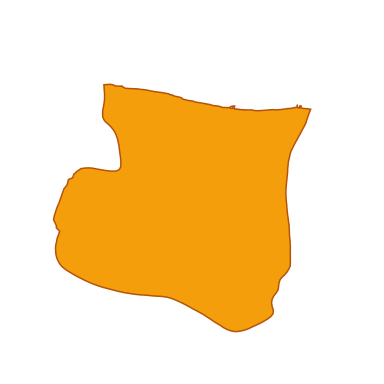 the district of Ash Shihr, Hadramawt, Yemen, rotated 206°
{"feature_id": "15242507B43236633783940", "entity_name": "Ash Shihr", "entity_type": "district", "adm_level": 2, "iso_a3": "YEM", "parent_name": "Yemen", "parent_adm1": "Hadramawt", "projection": "albers", "projection_center": [49.612, 14.934], "detail": "fine", "context": "isolated", "style": "filled", "palette": "amber", "viewbox_px": 384, "rotation_deg": 206, "n_neighbors": 0, "source": "geoboundaries", "source_scale": "gbopen_adm2", "svg_char_len": 5269}
<svg xmlns="http://www.w3.org/2000/svg" viewBox="0 0 384 384"><g transform="rotate(206 192 192)"><path d="M274.7,67.6L273.5,67.3L270.3,66.7L267.0,66.4L265.2,66.2L263.5,66.1L260.1,65.8L250.8,65.6L250.2,65.6L244.8,65.7L239.1,66.1L234.1,66.7L229.2,67.4L229.1,67.5L228.5,67.6L224.6,68.4L220.7,69.2L216.0,70.1L212.7,70.9L209.4,71.7L206.3,72.6L201.7,74.0L197.7,75.3L196.4,75.8L193.1,77.0L190.1,78.3L186.2,79.8L182.3,81.2L178.1,82.9L176.5,83.6L175.1,84.2L171.4,85.6L168.0,86.6L164.2,87.3L160.1,87.7L155.9,87.8L152.6,87.9L148.1,87.8L145.1,87.7L144.1,87.7L140.5,87.4L136.1,87.3L131.9,87.1L128.1,86.9L124.0,86.3L120.1,85.9L116.3,85.3L111.7,84.8L107.7,84.5L104.4,83.9L102.6,83.9L100.0,83.8L95.9,84.3L94.8,84.6L92.6,85.2L89.7,86.7L87.6,88.2L87.0,88.6L84.1,91.0L81.1,94.1L78.6,97.3L75.7,100.8L72.5,104.8L70.2,108.2L68.3,111.1L67.7,112.3L66.5,114.7L65.9,117.5L65.8,118.0L66.9,121.2L67.2,121.5L69.5,123.9L70.8,125.7L72.0,127.4L73.0,131.1L72.9,134.5L72.1,138.0L71.9,140.2L71.7,141.6L72.4,144.1L72.7,144.9L73.8,148.0L73.9,148.4L74.4,151.7L73.7,155.0L72.9,157.0L72.4,158.4L71.5,161.7L71.2,165.2L71.3,168.6L72.5,171.3L72.6,171.6L72.8,172.0L74.5,175.4L76.1,178.7L77.6,181.7L79.1,184.9L80.8,188.1L81.4,189.1L82.6,191.4L84.7,194.6L86.2,197.4L86.5,197.9L88.1,200.9L90.3,204.9L92.5,208.1L94.5,211.2L95.5,212.5L96.5,214.1L98.9,217.9L101.4,222.2L102.3,223.7L103.4,225.4L105.5,229.0L105.8,229.6L107.1,232.1L108.8,235.7L110.0,238.9L111.5,242.8L111.6,243.2L113.2,247.4L114.7,251.6L116.3,255.0L117.3,258.0L117.5,258.3L118.7,261.7L119.4,264.9L120.5,269.3L120.9,272.5L120.9,275.8L120.8,280.9L120.7,283.4L120.4,288.7L120.2,292.2L120.2,292.7L120.1,297.1L120.0,298.6L119.9,300.5L119.9,303.8L120.4,306.8L120.5,307.5L121.1,312.2L121.6,317.9L121.7,318.1L121.7,318.4L122.1,318.2L122.5,318.0L123.1,317.9L123.6,317.8L124.6,317.5L127.8,316.2L129.5,315.7L129.9,315.6L130.3,315.5L130.9,315.4L131.1,315.5L131.3,316.4L131.6,316.9L131.6,317.1L131.8,317.2L133.1,316.7L131.9,317.0L131.7,317.0L131.7,316.8L131.4,316.4L131.2,315.8L131.1,315.3L131.3,315.1L131.5,315.1L131.8,315.0L132.3,314.8L132.5,314.8L132.7,315.5L132.8,315.9L132.7,315.9L132.7,316.0L132.8,316.2L132.8,315.7L132.7,315.5L132.5,314.8L132.5,314.7L133.9,314.0L134.4,314.4L134.5,314.5L135.4,316.1L135.5,316.0L134.7,314.4L134.9,314.3L137.8,312.0L141.1,309.6L141.4,309.7L141.7,309.8L141.5,309.7L143.1,308.6L144.9,307.2L145.9,306.7L147.5,305.6L148.8,304.8L151.3,303.3L153.5,302.1L153.8,302.1L154.4,302.0L157.5,300.3L158.4,299.8L160.6,298.4L164.9,295.9L168.3,294.0L170.0,293.2L172.4,292.3L172.8,292.3L173.0,292.4L174.3,292.0L174.5,291.8L176.1,291.0L176.4,290.9L178.7,289.8L178.8,289.7L179.0,289.7L181.0,288.7L181.1,288.8L181.3,288.8L181.4,288.7L181.5,288.6L181.9,288.4L184.3,287.4L186.2,286.7L186.2,286.8L186.7,286.6L187.7,286.2L187.9,286.2L188.0,286.3L188.9,285.9L189.3,285.6L189.6,285.6L189.9,285.4L190.0,285.3L190.3,285.4L191.6,287.1L191.8,287.2L191.8,286.9L191.7,286.8L191.6,286.7L191.8,286.3L192.2,286.1L191.9,285.9L191.7,285.6L191.9,285.4L192.0,285.4L192.2,285.2L192.3,284.9L192.5,284.7L193.0,284.4L193.4,284.3L193.5,284.3L193.9,284.1L194.3,284.1L194.5,284.1L194.9,284.2L194.9,284.4L194.9,284.6L194.9,284.8L194.8,285.2L194.6,285.4L194.4,285.7L194.1,286.0L193.9,286.3L193.4,286.7L192.8,287.1L192.5,287.3L192.3,287.4L192.1,287.5L191.8,287.6L191.5,287.8L191.3,287.8L191.2,287.8L191.2,288.0L191.3,288.0L191.7,287.8L192.2,287.6L193.1,287.0L194.0,286.4L194.5,285.7L194.8,285.4L195.0,284.8L195.0,284.5L195.1,284.4L195.4,284.2L201.6,281.4L201.8,281.5L202.6,281.2L204.9,281.0L205.8,280.8L208.5,279.9L211.3,278.8L211.5,278.9L212.4,278.7L213.2,278.5L213.4,278.6L213.7,278.6L214.1,278.6L216.4,277.8L216.5,277.6L217.0,277.5L217.4,277.6L229.0,274.2L230.7,274.2L235.8,272.5L237.5,272.3L240.5,271.5L241.9,271.7L242.8,272.1L243.7,271.9L245.1,271.7L250.3,270.4L251.7,270.7L254.3,269.8L255.5,270.1L261.6,268.5L269.4,265.9L275.0,264.3L276.8,264.0L278.5,263.4L280.5,262.8L282.9,261.8L286.2,260.8L291.9,258.3L295.7,256.7L297.4,256.0L298.0,255.9L298.3,256.0L298.8,256.2L299.2,256.2L299.7,256.1L300.0,256.1L300.6,256.2L300.9,256.1L301.0,256.1L301.4,256.1L301.6,256.4L301.7,256.2L301.9,256.0L302.2,255.9L302.3,256.0L302.7,255.8L302.7,255.7L304.6,254.9L305.5,254.5L306.3,254.1L306.6,254.1L307.2,253.9L307.7,253.7L308.0,253.7L308.4,253.7L308.6,253.8L309.3,253.8L309.6,253.7L311.0,253.5L311.3,253.4L311.6,253.3L311.9,253.2L312.1,253.1L312.3,253.1L314.3,252.1L315.4,251.4L315.9,251.1L317.0,250.5L317.3,250.3L318.2,249.8L317.5,248.6L315.8,245.5L314.1,242.7L313.3,241.2L312.6,239.8L311.1,236.6L309.9,233.1L308.9,229.7L308.1,226.4L306.6,223.0L304.8,219.9L301.9,217.7L298.5,216.6L294.9,215.6L291.6,214.2L291.2,214.0L288.3,212.5L285.3,210.1L284.9,209.7L283.8,208.6L282.5,207.4L279.9,204.1L277.7,201.2L275.9,198.4L274.0,195.5L272.0,192.6L270.2,189.9L268.6,186.8L267.1,183.6L267.2,180.3L269.2,177.7L272.3,176.0L275.9,174.5L280.5,173.0L282.5,172.4L285.0,171.7L288.8,170.6L292.0,169.8L295.4,168.4L298.9,166.5L302.0,164.4L304.3,160.4L306.0,156.2L305.5,152.4L308.5,149.1L307.4,143.7L308.5,138.7L306.8,124.2L306.5,118.3L305.4,110.8L304.3,106.4L299.1,102.3L298.2,100.3L293.7,98.7L293.2,94.6L293.1,93.3L292.9,91.3L291.9,87.8L291.1,84.2L289.7,81.0L287.9,77.8L286.0,75.0L283.2,72.1L282.6,71.7L279.8,69.7L278.3,68.9L276.9,68.2L274.7,67.6Z" fill="#f59e0b" stroke="#b45309" stroke-width="1.5"/></g></svg>